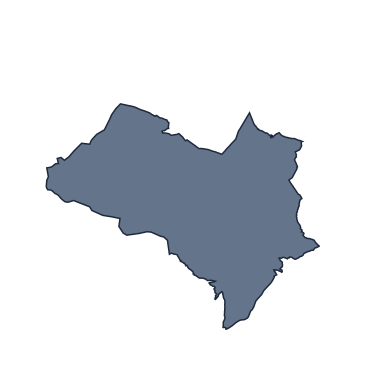 the district of Intorsura Buzaului, Covasna, Romania, rotated 301°
{"feature_id": "2599482B89691616287649", "entity_name": "Intorsura Buzaului", "entity_type": "district", "adm_level": 2, "iso_a3": "ROU", "parent_name": "Romania", "parent_adm1": "Covasna", "projection": "albers", "projection_center": [26.001, 45.693], "detail": "fine", "context": "isolated", "style": "filled", "palette": "slate", "viewbox_px": 384, "rotation_deg": 301, "n_neighbors": 0, "source": "geoboundaries", "source_scale": "gbopen_adm2", "svg_char_len": 6095}
<svg xmlns="http://www.w3.org/2000/svg" viewBox="0 0 384 384"><g transform="rotate(301 192 192)"><path d="M211.1,328.9L211.3,328.5L211.4,327.3L212.4,323.9L213.6,321.4L213.6,321.1L213.3,320.5L213.4,319.8L213.2,319.1L212.9,318.5L212.9,318.1L212.5,316.4L211.8,315.4L211.6,314.7L211.6,313.5L211.2,313.0L211.2,312.6L211.7,310.3L212.3,309.4L212.6,309.2L213.7,309.5L214.0,309.4L214.4,308.8L214.4,307.7L214.8,306.8L214.4,306.3L214.9,306.3L216.0,305.9L216.0,305.6L216.3,305.1L216.1,304.4L216.4,303.9L216.5,303.7L217.4,303.5L218.8,302.1L220.8,297.8L221.8,297.0L222.7,295.8L224.0,295.1L224.6,294.3L225.2,293.8L226.2,293.7L226.9,292.9L227.9,292.5L229.2,292.5L230.7,291.7L231.9,291.7L233.1,291.2L234.7,291.1L235.6,290.8L237.2,289.8L239.7,289.1L240.7,288.7L241.5,289.0L242.2,289.1L242.8,289.3L242.9,289.5L243.3,289.3L243.4,288.9L244.1,287.7L245.0,285.8L244.8,284.3L248.0,277.4L248.3,276.5L248.7,276.0L250.4,272.1L252.1,268.9L255.9,270.5L266.0,270.0L266.9,269.2L267.9,269.5L270.9,265.5L272.3,263.3L274.7,263.1L275.6,263.4L275.8,263.1L277.4,262.5L277.7,262.2L279.6,259.8L280.2,260.1L280.8,260.7L282.9,262.1L283.6,262.4L284.4,262.5L287.7,262.2L288.1,262.1L290.4,260.3L291.3,260.0L291.5,260.1L292.1,260.6L291.7,257.9L291.2,256.6L291.0,255.4L290.6,252.3L289.6,250.8L289.2,249.8L288.6,248.1L288.2,247.2L287.8,245.3L287.2,244.5L287.1,242.3L286.7,241.5L286.7,239.4L287.7,236.1L287.1,235.8L285.5,234.6L284.0,233.9L280.6,232.9L280.0,232.5L279.6,232.2L279.3,231.5L279.9,231.2L280.6,231.5L281.3,232.2L281.6,231.9L281.7,231.2L281.4,230.9L281.6,230.5L281.3,230.3L280.8,230.8L280.4,230.3L280.4,229.5L280.7,228.6L280.9,227.5L281.1,226.6L280.9,225.2L280.5,224.9L280.4,224.1L280.5,223.5L280.4,222.8L280.5,220.7L279.8,218.5L279.7,217.5L279.6,216.5L280.1,216.6L280.0,215.6L281.4,212.4L281.6,211.2L282.9,209.1L284.5,207.0L285.1,206.4L286.7,204.1L289.5,200.5L269.4,200.6L268.6,200.4L259.8,202.3L253.7,200.9L249.5,200.1L246.0,199.3L244.5,199.2L239.7,198.1L238.4,191.3L237.4,187.8L237.0,185.2L236.6,183.7L234.7,178.9L234.1,177.8L234.1,177.5L232.8,175.7L233.0,173.4L233.3,170.9L233.6,166.9L234.1,160.9L232.7,160.2L232.7,159.9L233.0,158.6L234.2,155.9L235.3,150.7L233.7,149.5L229.9,145.0L229.8,144.5L230.0,143.9L230.0,143.4L230.1,142.9L230.0,142.0L229.6,140.7L228.2,137.5L227.5,136.3L228.6,135.1L230.1,136.2L230.3,136.7L230.9,137.1L233.9,138.3L234.5,139.2L235.4,138.4L236.7,137.7L239.5,136.5L239.7,135.0L240.8,133.2L240.3,131.7L239.9,129.7L240.0,128.9L239.7,127.9L239.0,126.1L239.3,123.7L239.4,122.6L239.2,121.9L238.3,121.8L238.1,121.5L238.2,121.0L238.1,120.9L237.8,120.9L237.7,120.7L237.8,120.4L237.8,119.3L238.0,118.8L237.7,118.2L237.7,117.7L238.0,115.2L237.0,109.4L236.0,105.1L235.6,101.1L235.2,98.5L230.7,85.3L224.2,83.8L216.7,83.3L212.5,83.9L200.2,84.9L192.3,80.6L184.6,79.1L180.3,79.7L176.9,72.3L165.9,69.6L158.9,68.4L153.5,66.3L154.1,61.9L151.3,59.2L147.6,62.9L146.1,60.6L140.9,58.6L137.9,55.1L131.0,61.1L127.2,61.5L121.8,64.2L121.1,64.7L119.6,67.0L120.0,67.9L120.1,68.4L120.5,68.8L121.0,70.1L121.0,70.8L120.8,72.4L120.2,75.2L120.4,77.8L120.3,79.4L119.5,81.4L118.8,83.9L118.3,87.2L118.3,88.5L119.5,91.1L123.7,94.9L126.6,111.9L124.6,115.7L126.0,127.5L129.4,136.0L132.2,143.9L124.8,147.1L121.4,154.1L121.4,158.3L129.4,168.2L134.8,173.9L136.6,177.7L137.9,188.0L138.9,190.7L138.0,195.8L127.0,204.7L128.7,205.6L129.2,206.9L129.4,208.1L129.4,208.6L130.0,209.6L130.2,210.2L130.5,211.9L130.3,212.2L129.7,212.7L129.4,213.6L127.6,216.6L127.5,216.8L127.5,217.7L126.9,217.5L126.7,217.6L126.7,218.2L127.0,219.9L126.8,221.6L127.0,222.0L126.7,222.1L126.8,222.9L126.4,223.6L125.6,224.6L126.5,225.3L126.2,225.6L125.9,226.5L125.1,227.6L124.8,228.4L124.6,229.4L124.7,230.8L124.3,232.6L124.2,233.8L123.7,234.4L122.5,235.1L123.0,235.6L122.7,235.9L122.5,236.4L121.9,236.7L122.3,237.6L122.3,238.1L122.3,239.1L122.0,241.8L122.0,242.6L123.8,245.8L124.0,246.3L124.0,247.5L124.5,248.3L124.1,250.1L124.1,250.9L125.7,253.1L126.6,254.8L127.1,256.7L127.5,257.9L126.1,257.0L124.9,255.6L123.8,254.1L123.3,253.6L122.8,253.5L122.8,254.0L122.9,254.3L122.7,254.7L122.3,254.8L122.1,255.0L122.5,255.2L121.9,256.1L122.1,256.9L121.9,258.2L122.3,259.1L122.4,259.8L122.4,260.4L122.2,260.8L121.8,261.1L120.3,260.7L119.9,261.2L119.6,261.6L119.8,262.1L117.6,263.5L117.4,265.3L116.3,265.7L115.0,265.6L114.9,265.9L114.4,266.3L112.8,266.5L112.5,266.8L112.1,266.7L112.0,267.4L112.8,267.6L115.9,268.1L116.8,268.0L117.5,267.4L117.7,267.5L118.0,267.8L118.4,267.6L119.0,267.7L119.7,268.1L120.4,268.3L120.6,268.2L121.0,268.5L121.9,268.9L121.4,269.9L121.3,270.5L120.4,270.7L119.2,272.3L118.5,272.6L117.8,273.3L117.1,274.2L116.4,275.5L115.7,276.1L113.9,277.4L112.8,277.8L110.6,279.3L108.1,280.6L107.3,281.2L106.4,281.4L105.0,282.3L103.0,283.2L101.6,284.7L100.9,285.2L99.3,285.6L96.6,285.8L93.6,287.6L92.5,288.0L92.0,288.3L91.9,288.6L92.8,289.7L93.0,290.6L92.8,291.0L91.9,291.7L92.4,292.3L94.3,293.5L97.8,295.2L102.9,297.0L106.2,298.8L106.9,299.3L108.4,301.0L109.1,302.1L109.9,302.9L112.1,304.2L113.5,304.6L116.8,304.2L120.0,303.5L121.8,304.1L123.1,304.2L125.2,304.1L130.1,303.1L131.6,302.9L134.1,303.3L140.0,304.5L144.3,304.3L149.2,305.3L153.2,306.2L155.3,306.5L157.6,306.6L161.1,306.4L161.6,306.2L162.0,305.7L164.7,307.2L166.5,304.1L166.2,303.9L167.4,302.2L167.7,302.6L168.9,305.5L169.1,305.8L169.2,307.5L169.5,309.4L169.4,310.2L169.7,310.4L170.4,310.2L171.1,309.7L171.4,309.3L171.4,308.7L171.5,308.0L171.1,307.5L171.3,307.0L171.5,307.0L172.2,307.3L173.1,307.2L173.3,307.3L173.9,307.8L174.5,307.8L175.9,307.3L176.6,306.8L177.3,306.0L178.0,305.8L178.3,305.5L178.6,304.5L178.7,303.0L178.8,302.7L179.5,302.1L179.8,301.5L179.9,300.9L180.3,300.7L180.7,301.3L181.0,302.1L181.4,302.9L182.6,303.3L183.2,304.4L183.5,305.5L183.6,306.2L183.9,307.6L183.8,308.0L184.1,308.0L184.9,308.5L185.4,308.5L185.7,309.3L186.8,309.3L186.9,309.6L187.3,310.5L187.4,312.1L187.2,313.1L187.4,314.3L187.4,315.0L187.9,315.5L189.9,316.9L192.0,317.8L192.9,318.5L193.4,319.1L195.4,319.8L196.1,319.6L196.8,319.6L197.9,320.2L199.9,321.5L202.4,323.7L203.6,324.4L204.6,326.0L205.2,326.1L206.0,326.0L206.7,326.0L207.1,326.1L208.5,327.3L210.4,328.6L211.1,328.9Z" fill="#64748b" stroke="#1e293b" stroke-width="1.5"/></g></svg>